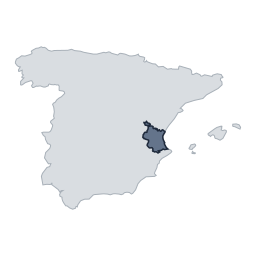 location of Valencia within Spain
{"feature_id": "ESP-5849", "entity_name": "Valencia", "entity_type": "Autonomous Community", "adm_level": 1, "iso_a3": "ESP", "parent_name": "Spain", "parent_adm1": "", "projection": "natural_earth1", "projection_center": [-1.049, 39.449], "detail": "fine", "context": "in_parent", "style": "filled", "palette": "slate", "viewbox_px": 256, "rotation_deg": 0, "n_neighbors": 0, "source": "natural_earth", "source_scale": "10m", "svg_char_len": 6506}
<svg xmlns="http://www.w3.org/2000/svg" viewBox="0 0 256 256"><path d="M138.4,54.2L138.4,55.0L139.7,56.3L143.7,57.1L144.7,57.7L144.5,59.6L143.6,61.2L144.4,62.0L145.4,61.9L146.6,60.6L146.8,61.5L148.6,62.3L152.6,63.8L155.4,64.0L158.4,66.9L163.1,66.4L167.4,69.2L171.4,68.6L172.3,69.1L178.5,69.2L178.8,66.9L179.6,66.0L190.4,69.2L191.7,71.2L191.5,72.2L192.1,74.5L193.5,74.4L196.4,73.1L200.0,74.7L201.0,76.1L201.8,76.2L204.6,74.8L212.1,76.5L212.4,75.4L212.9,75.1L216.0,74.1L217.3,73.8L221.3,74.6L221.8,75.9L222.6,76.4L222.9,77.6L220.6,78.2L220.4,80.2L221.9,81.9L222.1,84.8L218.1,88.5L206.6,94.8L202.9,98.5L194.3,100.4L185.4,103.2L180.2,108.3L181.5,108.7L183.1,110.4L182.6,111.1L180.3,112.3L178.2,112.6L174.3,118.8L169.0,125.2L167.0,128.1L162.8,135.6L162.8,137.8L164.9,145.2L166.1,147.2L167.8,148.8L171.0,150.2L171.8,151.6L170.7,152.9L167.5,155.2L162.0,158.4L159.6,160.9L159.1,163.3L157.5,164.4L156.9,167.7L154.7,172.4L154.5,173.7L156.2,175.4L154.5,176.4L146.0,176.8L140.7,180.5L138.0,183.7L135.6,189.8L132.7,193.4L131.4,194.0L129.4,192.5L126.9,192.2L124.4,192.7L123.2,194.0L121.2,194.7L119.2,194.1L115.0,193.7L113.2,193.8L110.2,194.8L107.7,194.1L103.5,193.8L94.3,194.6L93.2,195.0L89.1,199.1L84.6,199.2L80.6,200.8L77.8,204.8L77.3,206.9L76.5,206.4L75.9,206.6L75.5,208.2L72.7,209.2L69.6,207.9L67.1,205.9L65.7,205.8L63.6,202.7L62.6,200.8L62.0,198.6L62.0,197.2L60.0,196.3L59.6,194.4L61.0,191.9L63.0,190.5L61.2,190.6L59.9,192.2L58.3,189.6L51.7,184.6L52.1,182.8L51.0,184.1L50.2,184.5L46.8,184.3L42.9,184.9L41.4,176.3L42.5,173.3L47.0,167.4L49.7,166.6L50.9,163.6L48.4,163.8L44.5,157.9L45.7,152.5L49.7,148.5L50.4,146.8L50.6,145.3L49.8,144.3L47.7,143.7L45.5,139.4L45.1,136.8L43.3,135.3L41.8,132.6L43.2,132.2L48.8,132.2L50.2,131.5L51.3,129.8L52.4,126.8L52.7,125.1L50.6,122.5L50.5,122.0L50.8,121.1L54.3,118.3L53.6,116.2L54.3,111.8L54.0,109.2L53.7,107.1L52.6,104.4L53.4,103.2L55.2,102.3L56.7,100.0L58.8,98.2L61.5,96.7L64.7,93.4L64.3,91.9L63.2,91.1L59.3,90.5L59.1,89.8L59.2,86.2L58.2,84.8L56.8,85.0L54.6,84.4L54.1,84.8L51.3,84.6L49.4,84.0L48.6,84.5L48.3,85.8L45.1,87.1L43.3,87.0L40.3,85.9L36.9,86.3L36.5,86.0L33.6,87.5L32.6,87.5L31.5,85.8L33.1,83.2L31.8,80.8L30.9,80.7L25.5,82.5L22.3,84.8L21.0,85.1L20.6,84.7L20.6,81.4L23.9,77.9L21.9,77.6L22.0,76.6L23.4,75.0L22.0,73.8L22.2,70.2L19.2,71.4L18.5,71.2L18.5,69.8L20.3,66.9L18.5,66.6L17.1,65.5L15.4,63.2L15.4,62.0L16.4,59.1L19.0,57.7L21.6,55.8L25.0,56.1L30.2,54.5L31.9,53.6L31.9,52.4L31.3,51.5L31.9,50.6L36.1,48.3L38.6,48.0L41.2,46.8L42.9,47.6L44.4,47.3L46.1,48.2L48.3,50.3L51.6,51.2L54.2,50.5L67.8,50.3L71.6,49.3L74.6,50.6L80.4,51.2L83.8,52.3L93.4,54.1L96.9,54.1L103.9,52.3L105.8,52.8L108.6,51.9L109.9,52.1L111.6,53.3L117.8,55.0L119.4,53.6L120.6,53.3L125.0,54.1L129.4,55.9L131.8,56.0L135.1,55.5L138.4,54.2ZM221.1,129.9L222.7,130.6L224.4,130.0L225.3,130.2L226.2,130.5L226.4,131.9L222.9,138.4L220.0,140.2L217.1,138.8L215.4,138.4L214.9,137.9L214.4,135.8L213.7,135.1L212.6,134.8L210.3,136.5L209.6,135.4L208.5,135.2L208.1,134.5L208.1,133.6L215.0,128.6L217.0,127.4L221.2,126.1L221.9,126.3L221.3,127.1L221.9,127.8L221.1,129.9ZM240.6,127.3L240.0,129.1L234.8,126.7L233.1,126.4L232.7,126.0L232.8,124.2L236.3,123.9L239.1,124.8L240.6,127.3ZM192.7,148.2L192.1,149.5L189.5,149.1L189.0,148.6L189.5,147.1L190.2,146.9L190.3,145.9L191.0,144.8L194.7,144.0L195.5,144.7L195.7,145.7L193.5,148.0L192.7,148.2ZM195.3,153.4L194.9,153.7L192.1,153.5L192.0,152.6L192.6,151.4L193.6,152.6L195.2,152.8L195.3,153.4Z" fill="#d9dde1" stroke="#a8b0b8" stroke-width="1"/><path d="M165.0,131.5L164.9,132.2L164.8,132.6L164.6,132.8L164.2,133.3L164.0,133.6L163.8,133.9L163.7,134.3L163.6,134.6L163.1,135.3L162.9,135.7L162.8,136.4L162.8,137.5L162.9,138.4L163.3,139.8L164.3,142.0L164.5,142.3L164.7,142.7L164.5,142.8L164.3,143.0L164.4,143.4L164.5,144.2L164.8,144.9L165.3,145.6L165.7,146.5L166.3,147.6L166.6,147.9L167.2,148.4L167.8,149.0L164.5,149.6L163.1,149.0L161.4,150.3L158.3,150.8L158.8,151.7L159.2,151.6L159.4,151.5L159.6,151.6L159.8,151.9L158.0,153.0L157.7,152.8L157.4,152.5L156.1,151.7L155.8,151.7L154.6,152.0L154.4,151.9L153.9,151.4L153.6,151.3L153.2,151.4L152.9,151.3L152.7,151.0L152.9,150.9L152.9,150.6L153.0,150.5L153.0,150.3L153.0,150.2L152.8,149.6L152.8,149.4L152.8,149.1L152.9,148.9L152.8,148.7L152.2,147.8L152.0,147.7L151.8,147.6L151.7,147.6L151.2,147.8L150.9,147.9L150.4,147.8L149.9,147.9L149.5,147.9L149.3,147.8L149.0,147.6L147.3,145.7L147.2,145.5L147.1,145.2L147.2,144.8L147.2,144.7L147.3,144.4L147.5,144.1L147.5,143.9L147.6,143.6L147.7,143.4L147.9,143.2L148.0,143.1L148.1,142.9L148.3,142.6L148.4,142.3L148.4,142.2L148.5,142.0L148.5,141.9L148.6,141.6L148.5,141.4L148.5,141.1L148.6,140.8L148.6,140.6L148.6,140.3L148.5,140.1L146.3,139.4L146.1,139.4L145.8,139.3L145.1,138.9L144.7,138.7L144.5,138.8L144.4,138.8L144.2,138.8L144.0,138.7L143.9,138.4L143.9,138.2L143.7,138.2L143.4,137.9L143.3,137.7L143.1,137.7L142.9,137.4L142.8,137.2L142.9,136.9L143.0,136.5L143.0,136.3L143.0,136.2L143.1,135.9L143.1,135.7L143.1,135.4L143.1,135.2L143.1,134.9L143.2,134.7L143.4,134.5L143.6,134.4L143.7,134.1L144.3,133.0L144.4,132.8L144.8,132.5L145.1,132.2L145.3,132.2L145.6,132.2L145.9,132.3L146.0,132.4L146.5,132.4L146.8,132.3L146.9,132.2L147.0,132.1L147.1,131.9L147.1,131.7L147.0,131.4L147.0,131.1L147.0,130.9L147.4,130.2L147.6,130.0L147.7,129.8L147.9,129.5L148.1,128.4L148.2,128.0L148.2,127.7L148.2,127.4L148.2,127.2L148.1,126.9L148.1,126.7L148.9,126.3L149.1,126.1L149.4,126.3L149.7,126.2L149.9,126.2L150.2,126.0L150.6,126.0L151.2,126.0L151.5,126.0L152.0,126.1L152.8,126.4L153.1,126.7L153.1,126.9L153.1,127.1L153.0,127.3L153.0,127.5L153.1,127.9L153.1,128.0L153.2,128.3L153.3,128.5L153.6,128.6L153.9,128.6L154.1,128.6L155.0,128.1L155.3,128.3L155.9,129.3L156.3,129.4L156.7,128.6L157.3,129.0L157.5,129.9L157.5,130.2L157.4,130.4L157.5,130.6L157.7,130.8L157.9,130.9L158.2,130.8L158.5,130.5L158.7,130.1L159.4,129.8L160.3,131.2L160.7,131.3L161.0,131.2L161.4,130.9L161.9,130.1L162.5,129.8L163.1,130.0L163.7,130.7L165.0,131.5ZM146.5,121.3L146.7,121.7L146.9,122.0L147.0,122.1L147.2,122.3L147.3,122.4L147.4,122.5L147.5,122.8L147.9,123.1L149.0,123.2L149.4,123.5L150.0,123.9L150.2,124.1L150.2,124.3L150.3,124.4L150.2,124.6L150.0,124.8L149.2,125.2L148.8,125.3L148.5,125.3L148.4,125.4L148.1,125.4L147.8,125.5L147.6,125.5L147.4,125.6L147.2,125.6L146.7,125.4L145.7,125.2L145.3,125.2L145.2,125.1L144.7,123.7L144.6,123.3L144.5,123.2L144.1,123.0L144.0,122.9L143.9,122.8L144.0,122.4L144.9,122.6L145.4,122.6L145.8,122.5L146.1,122.4L146.2,122.2L146.1,121.8L146.2,121.6L146.3,121.4L146.5,121.3Z" fill="#64748b" stroke="#1e293b" stroke-width="1.5"/></svg>